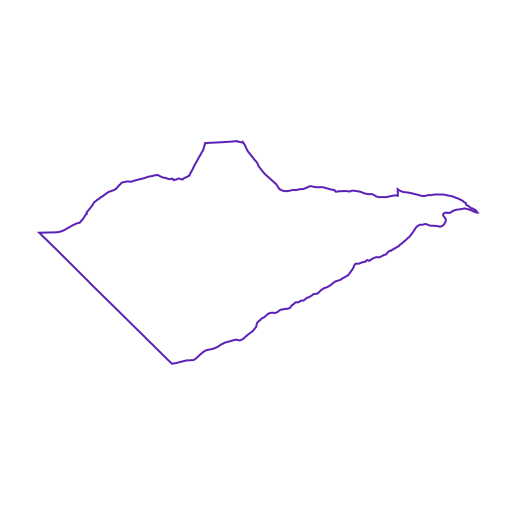 Ixtenco, Tlaxcala, Mexico (orthographic projection), rotated 184°
{"feature_id": "50627088B21449588442490", "entity_name": "Ixtenco", "entity_type": "district", "adm_level": 2, "iso_a3": "MEX", "parent_name": "Mexico", "parent_adm1": "Tlaxcala", "projection": "orthographic", "projection_center": [-97.922, 19.26], "detail": "fine", "context": "isolated", "style": "outline", "palette": "violet", "viewbox_px": 512, "rotation_deg": 184, "n_neighbors": 0, "source": "geoboundaries", "source_scale": "gbopen_adm2", "svg_char_len": 6049}
<svg xmlns="http://www.w3.org/2000/svg" viewBox="0 0 512 512"><g transform="rotate(184 256 256)"><path d="M419.8,217.4L409.6,208.8L402.7,202.8L393.7,195.2L371.8,176.4L361.3,167.5L360.7,166.8L352.5,159.9L341.1,150.1L332.4,142.7L331.3,142.8L330.1,143.2L327.7,143.8L325.1,144.7L322.4,145.6L320.7,146.1L318.1,147.0L313.4,147.5L312.0,147.7L310.8,148.0L309.5,148.9L307.9,150.4L306.6,151.8L304.6,154.0L302.6,155.9L301.0,157.3L299.5,158.3L297.8,158.9L293.5,160.1L291.2,160.9L287.6,162.9L284.9,165.1L281.0,167.4L270.2,171.2L266.3,170.6L263.3,172.2L259.2,176.4L253.9,181.0L250.8,185.5L250.6,187.7L250.5,188.4L249.9,189.9L249.2,190.6L247.9,191.9L247.5,192.3L247.2,192.6L246.8,193.1L246.5,193.6L246.0,194.1L245.4,194.4L244.7,194.8L243.5,195.5L242.6,196.4L241.2,198.0L239.1,199.7L236.6,200.5L235.2,200.6L234.6,200.5L233.7,200.5L232.5,200.7L231.2,201.3L229.9,202.2L229.4,202.9L228.1,203.8L227.5,204.2L226.9,204.4L226.3,204.3L225.7,204.4L225.0,204.8L224.0,205.1L223.2,205.3L222.4,205.2L219.6,206.0L218.4,206.7L217.8,207.7L217.1,209.0L215.4,210.4L214.2,211.6L213.4,212.5L210.6,212.7L209.6,213.3L208.5,214.2L207.6,214.7L206.6,214.7L205.3,215.0L204.2,216.1L203.3,216.8L202.8,217.4L202.1,218.0L200.7,218.4L197.5,220.5L196.1,221.9L195.2,222.2L193.9,222.3L192.7,222.6L191.2,223.6L189.0,226.2L187.3,227.6L185.6,228.8L183.3,229.6L181.1,231.0L178.9,232.7L177.9,233.7L176.4,235.1L174.9,236.2L173.5,236.8L172.3,237.2L170.1,238.2L167.7,240.0L162.9,243.1L161.3,245.5L158.7,249.7L158.0,251.3L157.5,253.0L156.9,254.1L156.1,255.3L152.5,255.6L149.6,257.1L148.6,257.4L147.4,257.6L147.0,257.7L146.7,257.9L145.4,259.2L144.9,259.7L144.5,259.8L144.3,259.8L143.5,259.2L142.7,259.1L142.4,259.2L140.6,260.8L139.4,261.6L137.9,262.3L136.8,262.9L136.0,263.2L134.8,263.3L132.9,263.3L132.3,263.5L128.3,266.0L126.7,266.4L125.6,267.7L125.2,268.5L124.5,269.1L124.3,269.4L124.1,269.6L123.3,270.3L122.6,270.7L122.1,270.8L121.3,270.7L120.3,272.0L119.7,272.3L119.0,272.4L118.7,272.8L118.2,273.3L117.1,274.0L115.6,275.0L114.6,275.5L113.9,276.2L113.5,277.0L112.8,277.6L111.8,278.4L108.9,281.2L107.9,282.1L105.6,284.8L104.6,285.4L103.8,286.5L101.6,289.9L99.5,293.5L98.6,295.3L97.6,296.5L95.1,298.5L94.3,298.7L92.8,298.6L91.3,299.1L89.1,299.8L87.6,299.4L85.7,298.8L84.3,298.4L79.9,298.6L77.7,298.5L76.2,298.4L74.6,298.0L73.7,298.3L73.0,298.7L72.0,299.2L70.7,300.7L70.1,301.8L69.3,303.4L69.1,304.2L69.2,305.2L69.4,306.3L70.7,307.8L71.3,308.4L72.2,309.6L72.2,310.5L72.0,311.2L71.4,311.8L69.4,312.7L68.8,312.4L68.1,312.3L67.0,312.6L66.2,312.4L65.5,312.6L65.0,313.0L64.1,313.5L63.6,313.9L63.5,314.2L62.6,314.7L61.8,315.1L60.9,315.6L59.5,316.1L55.4,316.9L51.1,318.0L49.9,317.8L45.9,317.0L44.4,316.5L42.0,315.6L39.3,314.8L38.1,314.8L39.9,316.9L43.2,318.5L44.5,318.7L45.5,319.1L46.2,319.7L47.0,320.4L48.3,320.9L49.9,321.7L50.2,323.3L51.9,324.1L52.9,324.9L55.2,326.2L57.1,326.9L58.3,327.4L59.8,327.8L63.8,329.1L67.2,329.6L68.9,329.7L71.1,330.1L72.9,330.4L80.3,330.0L81.5,329.8L83.3,329.6L84.5,329.2L85.7,328.9L87.8,328.8L89.2,328.6L91.1,327.8L93.9,327.4L105.4,329.5L107.6,329.8L108.2,329.9L112.3,330.0L114.3,330.3L115.2,330.5L118.1,331.7L118.6,332.0L119.3,332.5L118.7,326.0L119.9,326.2L121.0,326.2L122.4,326.0L124.8,325.4L130.1,323.8L131.1,323.7L131.9,323.8L136.9,323.3L137.9,323.3L139.4,323.6L140.4,323.9L142.5,325.0L144.0,325.7L145.2,325.8L148.5,325.5L151.5,325.9L152.5,326.2L153.9,326.6L156.1,327.3L158.3,327.6L161.8,327.9L164.3,327.9L165.1,327.8L165.8,327.3L166.3,327.0L166.7,327.0L167.7,326.9L169.9,327.0L171.9,327.0L173.6,326.8L178.9,326.2L179.4,325.9L179.7,325.8L180.3,325.8L180.8,325.7L181.6,326.2L182.2,326.9L182.2,327.2L186.0,327.6L192.1,328.9L193.9,329.2L194.7,329.2L196.5,329.2L198.9,328.9L201.1,328.8L206.6,329.5L207.3,329.3L210.6,327.5L212.1,326.8L213.7,326.0L215.0,326.0L217.6,325.5L220.1,324.7L221.5,324.4L222.9,324.6L223.6,324.5L225.5,323.9L228.8,323.0L230.0,322.8L231.1,322.8L233.0,322.7L233.5,322.9L237.3,324.3L240.9,329.1L253.0,338.5L256.3,341.9L259.7,345.8L261.4,349.2L264.9,352.6L265.4,353.3L271.2,359.6L272.8,362.0L275.2,366.5L276.7,368.3L276.7,368.1L280.7,368.7L282.6,369.0L282.8,369.3L288.6,368.4L296.5,367.3L312.3,365.4L313.7,365.2L314.5,365.2L316.3,357.4L316.7,356.9L319.1,351.8L320.4,349.3L321.4,347.0L323.8,341.9L324.4,340.5L325.5,337.4L326.4,335.9L327.9,332.1L328.3,331.4L328.6,331.5L329.1,331.0L329.7,330.5L331.5,329.5L333.2,328.6L333.8,328.1L334.1,327.5L334.4,327.3L334.7,327.2L335.1,327.2L336.1,327.4L336.9,327.7L338.7,327.8L339.5,327.6L340.6,326.8L341.0,326.7L342.0,326.5L342.6,326.1L343.1,325.9L343.4,325.9L343.6,326.0L343.9,326.5L344.3,327.1L344.6,327.3L345.1,327.3L345.9,327.1L346.9,326.7L347.3,326.6L347.9,326.6L349.3,326.8L350.7,327.3L351.2,327.5L352.9,327.7L354.1,327.8L355.0,328.0L355.9,328.4L357.1,328.8L358.0,329.2L358.5,329.5L359.1,329.7L359.9,329.9L360.2,330.0L360.7,329.7L361.9,329.6L362.6,329.4L363.5,329.2L364.9,328.5L365.2,328.4L366.3,328.3L368.8,327.6L370.3,327.0L370.9,326.7L371.9,326.3L372.8,325.9L373.6,325.7L376.1,324.8L377.6,324.4L379.2,323.8L381.2,323.2L382.7,322.7L383.4,322.3L384.5,321.9L385.0,321.6L385.4,321.4L388.5,321.4L388.8,321.4L389.9,321.4L390.5,321.2L392.0,320.7L392.5,320.6L394.3,320.1L395.2,319.6L395.5,319.3L396.1,318.4L396.6,317.8L397.0,317.5L397.4,317.2L397.9,316.3L398.4,315.8L399.2,314.6L399.6,314.1L400.0,313.8L400.1,313.6L400.3,313.2L400.7,312.9L400.9,312.9L401.9,312.1L402.6,311.8L403.3,311.4L404.4,311.0L404.9,310.6L405.3,310.5L406.2,310.2L407.2,309.8L408.7,308.7L409.3,308.3L409.6,307.9L410.3,307.3L411.3,306.6L412.1,305.9L413.1,304.8L414.0,304.3L414.6,304.1L415.0,303.8L415.8,302.8L416.1,302.4L417.2,301.9L417.4,301.7L417.7,301.3L417.9,301.1L418.4,300.9L419.9,299.4L420.3,299.1L421.2,298.2L421.6,297.5L422.6,295.6L424.1,293.1L428.0,287.6L428.1,287.2L428.0,286.7L427.8,286.5L427.8,286.3L427.8,286.0L428.2,285.8L428.9,285.1L430.8,281.6L431.7,280.1L431.9,279.7L432.9,278.9L433.2,278.6L433.3,278.4L433.4,277.8L433.7,277.3L434.6,276.8L435.1,276.5L437.0,276.1L441.4,273.6L449.8,268.0L453.9,266.3L457.1,265.7L466.4,264.8L473.9,264.1L456.3,249.2L446.5,240.7L420.6,218.3L419.8,217.4Z" fill="none" stroke="#5b21b6" stroke-width="2"/></g></svg>